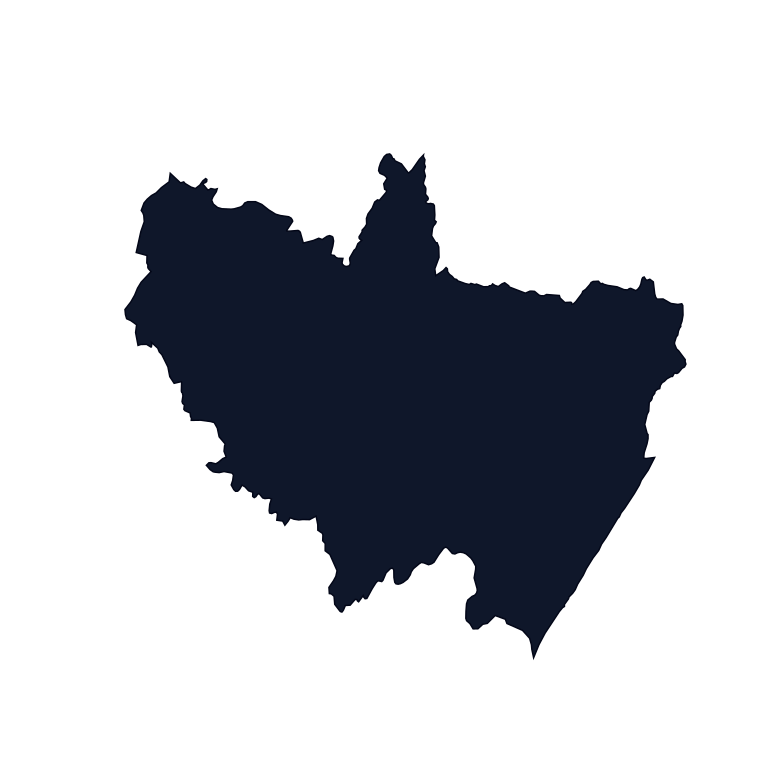 Vohipeno, Vatovavy-Fitovinany, Madagascar, rotated 17°
{"feature_id": "10022922B81120329184352", "entity_name": "Vohipeno", "entity_type": "district", "adm_level": 2, "iso_a3": "MDG", "parent_name": "Madagascar", "parent_adm1": "Vatovavy-Fitovinany", "projection": "equal_earth", "projection_center": [47.681, -22.341], "detail": "fine", "context": "isolated", "style": "filled", "palette": "ink", "viewbox_px": 768, "rotation_deg": 17, "n_neighbors": 0, "source": "geoboundaries", "source_scale": "gbopen_adm2", "svg_char_len": 6170}
<svg xmlns="http://www.w3.org/2000/svg" viewBox="0 0 768 768"><g transform="rotate(17 384 384)"><path d="M354.8,153.5L352.2,158.7L348.3,170.8L346.0,174.9L345.3,174.9L336.3,168.4L329.4,167.4L327.6,165.7L326.6,166.0L324.1,163.2L322.2,162.3L319.4,163.7L317.7,166.4L316.1,173.5L316.0,178.5L316.5,181.6L318.6,183.7L323.5,184.3L326.9,186.2L325.2,192.6L327.7,197.6L329.8,198.0L330.1,199.9L325.9,209.7L323.9,209.8L321.9,212.7L321.3,219.4L319.0,226.0L318.8,230.8L320.7,236.3L319.9,239.5L318.1,243.3L318.6,245.1L317.1,250.4L317.5,251.7L318.5,252.5L320.7,253.1L318.0,257.4L317.5,262.9L316.3,264.8L314.4,273.3L314.5,274.4L316.4,278.2L316.5,279.9L315.9,281.4L313.4,282.7L311.4,282.7L309.1,281.5L308.4,280.1L308.0,275.9L303.2,277.2L301.1,277.0L298.7,275.6L295.8,276.1L295.0,274.8L294.7,266.8L294.0,262.0L292.2,258.6L291.1,258.1L288.6,258.0L286.4,259.4L282.7,263.9L279.0,263.7L274.5,267.4L265.6,272.8L259.6,263.4L258.5,262.6L256.9,262.3L248.5,265.6L246.5,266.1L246.0,265.7L249.1,255.2L248.6,254.2L246.8,252.6L244.0,251.9L235.7,253.2L230.7,253.3L222.8,251.2L214.6,248.0L207.8,247.2L200.4,249.5L197.9,251.6L196.8,254.8L195.1,256.7L189.5,260.3L186.7,261.5L177.8,263.8L173.3,263.9L168.1,261.8L165.4,258.5L165.7,255.0L167.4,249.2L167.4,246.1L165.5,247.3L161.3,247.7L159.8,249.4L158.7,249.9L152.5,245.9L152.4,245.2L154.5,243.4L155.2,242.2L154.8,240.2L153.4,239.7L151.4,242.6L149.7,247.7L146.5,252.2L141.9,252.1L135.1,250.4L133.4,249.3L130.6,251.2L118.0,245.0L119.4,253.5L113.7,261.3L110.2,267.9L106.5,271.8L103.6,276.4L101.6,281.0L101.1,289.0L103.4,290.9L105.0,293.0L107.3,298.9L106.9,309.1L108.6,330.7L119.8,330.4L121.8,337.6L123.4,339.1L124.0,341.4L124.8,342.5L128.4,344.6L122.0,357.7L120.3,364.4L119.6,371.9L117.9,379.5L114.5,388.5L116.5,393.3L118.8,396.8L123.3,397.4L130.1,399.7L131.4,407.4L137.5,419.0L139.9,417.3L145.3,415.5L150.4,416.8L150.7,416.5L150.4,414.5L149.3,412.1L157.2,415.9L159.7,419.0L163.0,420.9L172.4,430.9L177.0,439.6L183.1,444.7L189.5,441.0L189.9,441.3L192.3,450.0L193.0,451.1L193.7,451.3L195.2,454.1L196.0,459.8L197.2,461.5L199.2,462.3L200.0,466.7L201.4,467.7L207.1,468.4L208.5,471.6L209.9,473.1L210.3,475.1L219.3,472.2L229.1,470.6L232.9,470.5L237.5,474.9L241.8,482.7L249.7,487.8L249.6,489.8L250.7,495.1L254.5,500.0L251.6,502.5L248.4,507.4L246.5,509.5L241.6,509.8L239.6,510.5L237.9,513.7L242.7,516.7L246.3,517.9L248.3,517.7L252.3,516.9L256.6,514.5L264.6,513.6L266.6,514.9L267.5,520.5L267.4,525.2L271.2,528.9L273.4,530.0L275.4,529.3L276.6,527.2L277.8,522.2L281.2,523.0L285.7,525.7L290.2,525.9L291.3,529.9L293.1,530.6L294.4,529.2L295.2,526.7L296.5,525.2L301.3,528.4L303.6,528.4L307.6,526.7L310.0,526.9L309.9,532.3L311.2,538.7L312.3,540.8L314.5,540.7L316.7,538.8L318.6,538.0L320.2,539.6L321.3,545.6L327.2,544.7L330.5,548.0L332.4,543.2L333.4,539.3L337.4,539.6L342.2,538.9L346.0,537.3L352.4,535.5L357.7,530.2L361.8,537.9L363.5,543.2L368.5,544.7L369.7,546.1L371.2,551.8L374.4,553.7L376.5,560.7L382.1,562.8L393.7,576.2L394.2,582.0L393.2,587.0L390.8,594.6L393.0,600.4L395.0,600.1L398.3,601.6L401.3,609.1L408.4,614.2L409.8,614.5L410.6,614.2L411.3,612.0L411.8,607.1L416.3,605.4L419.4,598.4L421.3,598.1L422.0,599.2L423.4,599.7L426.0,592.4L427.1,593.9L428.7,594.9L430.3,594.1L432.6,583.0L434.3,576.8L435.3,574.6L436.4,573.8L439.6,573.6L440.4,572.0L441.2,564.0L444.2,558.5L445.8,557.7L447.0,558.2L447.9,559.4L450.1,566.2L452.3,570.5L453.9,571.6L456.1,571.3L458.0,570.2L460.2,568.2L463.5,563.6L464.9,558.8L465.0,555.6L466.1,552.0L470.3,545.5L471.9,543.7L474.6,543.4L479.4,543.8L482.1,542.0L483.9,539.8L486.2,531.3L489.0,523.7L490.6,522.0L492.6,522.2L498.9,526.1L501.5,525.8L503.7,523.8L506.1,522.5L509.2,522.1L512.3,522.5L517.9,525.0L520.6,527.0L525.0,531.4L525.8,534.4L526.9,543.1L532.7,552.2L533.6,554.3L533.6,557.0L532.5,559.5L530.4,561.3L527.3,566.1L527.2,570.1L528.8,577.2L530.8,584.2L532.2,586.2L536.2,588.0L540.8,592.1L545.4,590.6L548.7,584.9L552.8,582.7L558.0,572.9L568.8,573.5L571.6,577.1L588.5,579.1L597.6,584.6L601.2,590.2L603.0,594.6L607.1,602.0L608.4,588.0L610.9,575.1L618.2,550.4L620.2,545.6L621.6,544.0L621.0,542.1L623.2,535.6L623.2,533.5L625.6,529.0L627.0,524.8L627.7,518.8L630.4,508.7L631.5,501.4L634.8,489.0L638.0,480.4L638.9,473.5L641.3,465.9L646.8,444.1L647.8,442.4L648.4,437.9L650.4,432.7L655.4,415.7L657.7,406.0L658.2,400.7L661.8,389.2L664.3,375.1L656.3,378.7L654.0,378.9L652.9,373.6L653.0,364.4L652.5,359.1L651.3,355.2L650.1,354.4L645.2,346.5L644.5,336.3L645.1,332.6L643.0,324.0L644.4,321.2L644.6,319.2L644.2,317.6L645.6,313.8L645.4,311.6L647.1,309.0L649.0,307.8L648.7,304.5L649.6,301.4L651.3,299.5L653.0,296.3L656.2,293.0L657.7,292.4L658.5,288.6L661.0,288.3L662.3,287.0L664.4,281.9L666.4,279.8L666.9,276.7L665.4,274.5L664.9,272.6L656.0,266.1L653.5,264.9L650.2,260.9L649.7,259.3L649.7,253.7L650.6,251.3L650.1,247.4L650.3,244.4L651.0,242.2L650.4,240.7L650.6,236.9L649.8,230.7L646.8,221.6L645.3,220.2L641.8,222.0L634.8,223.1L626.0,221.1L620.4,223.0L618.5,221.7L616.5,218.6L611.7,207.6L607.6,206.1L605.2,207.9L604.0,207.7L601.5,205.6L600.3,206.6L600.0,208.3L600.4,213.3L600.1,216.4L598.8,219.6L597.4,221.1L592.0,220.4L590.7,221.1L589.4,222.8L585.9,223.6L578.5,222.9L569.3,224.3L564.8,224.4L563.6,223.9L561.9,224.8L559.0,223.0L554.0,224.8L552.4,226.4L551.8,228.7L549.2,234.5L547.0,237.3L546.9,239.5L543.3,249.3L541.8,251.9L540.3,252.9L539.5,251.3L538.7,251.2L533.1,253.2L527.3,250.3L525.8,248.1L513.3,250.9L511.2,252.9L508.3,253.7L506.4,253.7L500.9,251.4L498.6,251.9L496.5,252.5L492.6,255.8L475.4,254.6L474.6,253.6L469.8,251.9L467.6,253.7L464.8,257.4L461.3,257.3L458.6,256.5L457.9,258.5L456.1,259.2L455.3,260.4L450.8,261.9L443.2,261.4L441.8,262.4L437.7,262.4L436.5,263.9L432.3,264.2L424.4,263.8L422.9,262.8L420.4,262.9L417.8,261.2L414.5,260.0L412.0,258.0L410.9,255.3L409.3,254.5L407.5,258.2L401.8,265.3L398.9,259.0L399.6,246.8L396.3,237.0L393.5,233.4L392.2,233.7L386.2,228.4L384.9,221.1L385.1,218.4L386.3,215.6L386.5,213.6L384.4,212.6L383.2,207.5L380.0,198.7L378.6,197.5L375.7,197.7L374.0,198.6L371.7,198.7L370.5,197.5L372.1,195.0L372.1,193.7L371.3,192.5L368.2,190.4L367.0,185.2L366.1,183.7L363.5,181.6L362.9,180.1L362.8,173.1L359.9,168.3L360.0,164.1L358.2,161.6L357.6,157.6L355.0,154.8L354.8,153.5Z" fill="#0f172a" stroke="#020617" stroke-width="1.5"/></g></svg>